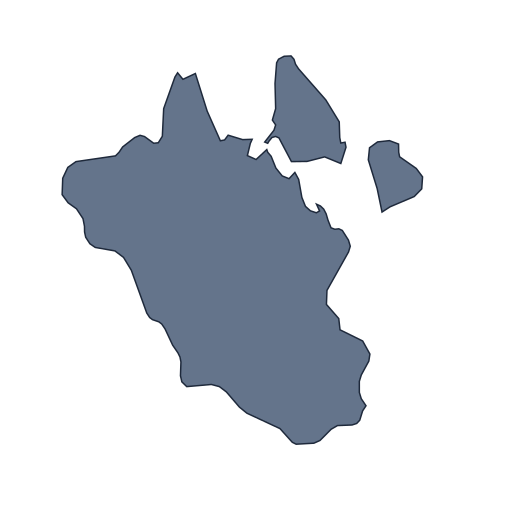 the Province of Carbonia-Iglesias, rotated 169°
{"feature_id": "ITA-5371", "entity_name": "Carbonia-Iglesias", "entity_type": "Province", "adm_level": 1, "iso_a3": "ITA", "parent_name": "Italy", "parent_adm1": "", "projection": "mercator", "projection_center": [8.512, 39.219], "detail": "fine", "context": "isolated", "style": "filled", "palette": "slate", "viewbox_px": 512, "rotation_deg": 169, "n_neighbors": 0, "source": "natural_earth", "source_scale": "10m", "svg_char_len": 1965}
<svg xmlns="http://www.w3.org/2000/svg" viewBox="0 0 512 512"><g transform="rotate(169 256 256)"><path d="M298.0,450.8L294.0,443.4L280.7,446.7L276.3,407.6L269.0,375.9L264.7,375.9L260.3,379.9L246.9,372.8L237.5,371.3L240.1,367.6L245.3,356.2L237.5,350.7L225.1,358.4L224.7,355.6L222.1,351.0L219.7,338.5L215.0,329.6L208.8,325.6L201.9,330.6L199.5,323.0L199.8,304.8L198.0,295.3L194.0,290.0L188.5,286.9L185.0,288.1L186.7,295.3L183.2,292.8L180.6,289.1L179.1,284.0L178.5,277.5L177.0,269.4L173.5,267.2L169.5,266.9L166.4,264.6L162.2,253.9L161.6,247.6L164.4,242.3L192.9,208.7L196.1,195.0L186.7,178.8L187.6,167.5L167.5,152.2L162.9,138.0L165.3,131.3L175.3,119.2L178.5,113.2L180.6,102.3L179.9,95.8L176.6,88.0L180.9,83.6L185.5,75.0L189.1,72.4L194.0,71.8L208.4,74.0L215.3,71.6L228.4,62.7L234.9,61.2L252.5,63.6L255.9,66.2L265.4,82.0L294.9,103.4L301.1,110.8L311.0,128.2L316.9,134.8L324.3,138.4L348.9,141.0L352.8,146.6L353.0,152.8L349.9,166.3L349.9,171.3L351.1,175.8L354.8,184.3L359.2,201.8L361.5,207.2L363.9,209.9L369.8,213.3L372.1,215.9L374.1,220.8L381.1,265.8L386.3,279.9L393.5,287.9L412.2,295.1L416.7,299.7L419.6,306.9L419.7,312.3L418.7,317.9L418.7,325.7L423.2,336.6L430.3,344.1L434.6,353.2L430.9,369.2L423.8,378.9L414.7,383.0L374.8,381.1L370.6,384.0L366.1,388.5L352.5,395.4L346.8,396.6L342.6,394.5L334.9,386.2L330.3,385.8L325.1,391.4L318.5,418.3L301.4,447.2L298.0,450.8ZM209.7,363.4L210.9,367.5L213.9,369.6L217.7,369.3L221.4,366.2L222.0,365.5L223.0,364.4L225.7,366.2L214.4,376.0L211.7,380.9L214.0,386.3L208.6,396.9L204.4,421.8L198.9,441.7L196.3,444.9L190.3,446.7L183.4,445.7L181.2,441.9L180.6,436.7L178.5,431.6L157.7,395.9L148.7,371.8L151.2,356.2L151.2,350.7L146.9,350.7L146.9,345.6L155.1,330.6L169.7,340.2L187.8,339.1L203.2,341.9L209.7,363.4ZM123.9,275.1L124.2,299.1L127.4,329.0L123.9,340.6L114.9,344.8L103.0,343.8L94.7,338.7L96.1,330.6L96.1,326.0L82.0,311.4L77.4,301.9L80.5,290.3L89.3,284.2L115.0,278.7L123.9,275.1Z" fill="#64748b" stroke="#1e293b" stroke-width="1.5"/></g></svg>